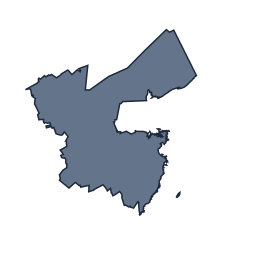 the district of Guaymas, Sonora, Mexico, rotated 244°
{"feature_id": "50627088B1209754794586", "entity_name": "Guaymas", "entity_type": "district", "adm_level": 2, "iso_a3": "MEX", "parent_name": "Mexico", "parent_adm1": "Sonora", "projection": "natural_earth1", "projection_center": [-110.918, 28.074], "detail": "fine", "context": "isolated", "style": "filled", "palette": "slate", "viewbox_px": 256, "rotation_deg": 244, "n_neighbors": 0, "source": "geoboundaries", "source_scale": "gbopen_adm2", "svg_char_len": 5864}
<svg xmlns="http://www.w3.org/2000/svg" viewBox="0 0 256 256"><g transform="rotate(244 128 128)"><path d="M201.9,119.3L202.9,109.9L200.6,110.7L199.5,109.6L202.6,108.1L200.6,101.0L206.1,99.6L206.5,99.1L205.8,91.5L205.2,91.1L204.5,85.7L209.7,82.7L209.4,80.8L210.5,80.0L209.9,76.6L211.7,75.9L210.3,70.9L211.8,69.9L211.2,68.8L209.4,68.1L208.8,68.3L208.1,65.4L207.4,52.7L206.5,56.6L205.2,57.4L199.6,55.8L199.4,57.0L198.6,57.0L198.6,56.0L198.3,55.9L195.0,57.7L194.8,57.2L190.7,54.6L180.2,54.6L179.6,52.7L174.4,51.5L174.2,52.4L172.7,55.9L171.3,55.0L169.9,54.7L169.0,55.0L169.3,55.8L167.4,58.1L167.4,59.8L167.0,60.1L164.6,59.8L165.7,55.2L163.9,54.8L162.9,59.8L161.1,59.7L161.0,61.5L154.3,60.8L151.3,64.1L150.6,65.5L150.7,66.3L152.4,69.0L146.6,70.4L143.9,66.7L143.9,67.0L138.3,64.9L137.9,57.4L132.7,58.3L132.8,55.6L130.6,55.4L129.1,57.1L129.1,57.7L128.0,58.2L126.4,58.1L124.6,57.0L123.2,56.7L122.2,57.4L120.9,56.3L119.2,55.6L118.6,51.0L115.9,45.8L112.4,45.1L111.1,43.5L99.9,48.6L102.2,56.8L97.7,58.9L97.5,59.8L95.5,59.6L93.5,67.8L87.9,64.8L87.2,70.0L87.6,70.9L87.9,80.6L84.0,81.7L80.5,81.9L81.3,85.8L77.0,84.5L76.7,84.9L73.7,84.7L73.8,87.6L74.6,92.7L71.2,93.3L69.3,92.7L68.3,92.0L60.1,90.7L59.8,92.0L56.8,94.0L56.8,95.3L56.4,94.9L53.6,97.9L57.5,104.6L56.2,105.0L56.2,104.7L48.6,101.7L45.3,101.0L45.0,100.3L44.7,100.4L44.9,100.7L44.7,101.4L45.4,102.3L45.9,102.1L46.3,102.9L46.2,103.6L46.6,103.8L46.4,104.4L45.9,104.7L46.2,105.0L45.8,105.4L46.3,105.6L46.1,106.0L46.5,106.3L47.2,105.8L48.4,105.9L49.1,107.0L49.6,106.9L50.3,107.4L50.7,108.2L50.5,108.7L51.2,108.9L51.8,110.8L51.5,113.0L52.0,115.2L53.1,115.7L53.3,116.4L54.0,116.7L54.3,117.1L53.9,117.3L53.9,117.9L54.6,117.9L55.0,118.5L55.6,118.5L55.6,119.3L56.1,118.8L55.9,119.3L56.5,119.4L56.4,120.4L57.0,121.0L57.0,121.8L57.6,122.0L57.3,123.2L57.9,123.4L57.7,124.4L58.2,125.1L58.0,125.6L59.1,125.5L59.2,125.9L58.6,126.4L59.0,126.6L58.6,126.9L59.9,127.4L60.1,127.9L61.2,128.7L60.9,129.4L61.4,129.2L61.4,129.5L61.7,129.5L61.9,130.2L61.3,130.7L61.4,131.0L62.0,131.3L62.3,130.9L62.3,130.4L62.9,130.4L63.5,131.1L63.0,131.6L63.7,132.0L64.3,131.7L66.8,132.8L67.4,133.8L67.4,134.4L68.6,135.8L69.4,135.7L69.7,136.0L71.5,140.5L72.2,140.1L72.5,140.7L74.5,141.2L74.7,141.6L75.9,141.4L76.6,142.0L76.5,142.6L76.8,143.0L77.5,142.3L78.5,142.9L79.0,144.2L78.7,145.1L79.2,144.3L80.9,145.1L81.5,147.2L81.3,147.6L80.2,147.6L80.6,148.0L80.1,148.8L81.3,148.9L81.8,148.1L82.2,148.3L82.1,148.7L82.7,148.4L83.6,148.9L84.4,148.3L84.8,148.7L85.0,148.2L85.5,150.1L85.8,150.1L85.7,149.5L86.1,149.3L86.4,148.0L86.9,147.8L87.2,148.1L86.9,147.6L87.0,146.8L88.0,146.6L88.3,145.7L91.4,144.7L93.2,144.8L95.3,145.5L96.1,146.3L95.9,147.3L96.7,148.8L97.0,150.0L97.9,150.6L99.4,150.1L99.3,150.5L99.6,150.3L100.0,151.1L99.9,152.6L98.3,153.6L97.8,153.3L97.5,153.5L98.0,153.7L98.1,155.2L98.8,155.9L99.4,155.7L99.7,156.0L99.4,156.7L99.7,157.5L99.5,159.1L99.9,159.4L100.5,159.0L101.7,157.1L102.8,158.0L102.4,158.8L102.6,159.2L103.4,159.5L103.8,158.9L104.7,159.7L105.0,159.2L105.4,159.4L105.1,160.3L105.4,161.0L106.6,161.0L107.3,162.0L107.4,163.0L107.1,163.5L107.8,163.5L107.8,162.3L108.8,161.7L109.0,160.2L108.3,160.2L108.2,159.8L109.0,159.3L109.5,159.6L109.7,158.5L109.5,158.1L110.3,157.7L109.7,157.4L110.3,157.2L110.3,156.6L109.7,157.1L109.4,156.9L109.8,156.1L111.0,155.0L110.0,155.0L111.4,154.4L110.2,153.9L107.8,154.9L107.5,154.5L107.7,154.0L108.4,154.1L108.0,153.7L107.7,154.0L107.6,153.5L107.3,154.1L106.7,154.1L107.1,154.5L106.5,154.8L106.4,155.3L106.0,155.3L106.1,154.8L105.9,154.8L104.9,155.6L104.9,154.7L106.0,153.8L105.7,153.2L106.6,153.3L107.1,152.3L107.0,151.3L107.5,150.8L107.8,151.0L107.8,150.8L107.9,150.6L107.9,151.3L108.3,150.7L108.7,150.7L108.8,151.3L109.1,151.1L109.2,151.4L109.1,152.0L110.0,152.0L109.8,150.4L110.4,150.5L110.4,151.4L110.7,151.2L110.5,150.5L110.7,150.2L110.5,150.4L111.0,149.1L110.7,148.8L111.8,148.8L110.7,148.6L111.7,148.0L111.3,147.9L111.6,147.2L112.7,146.4L114.9,146.1L115.0,146.0L114.7,145.9L113.1,146.1L112.7,146.3L112.2,145.1L111.3,145.4L111.0,144.3L109.6,143.9L111.1,144.2L111.3,144.6L111.5,144.3L110.6,143.6L111.0,143.6L110.9,143.3L109.9,143.2L111.2,143.1L110.5,142.5L111.0,142.4L110.7,142.2L110.3,142.2L110.1,142.0L110.6,142.0L111.8,142.6L112.3,141.5L114.6,144.0L114.7,142.9L115.0,142.4L116.0,142.6L118.0,140.6L121.6,133.6L122.9,133.6L120.9,132.6L121.1,128.3L125.8,125.0L126.5,118.6L127.9,119.7L128.8,117.9L128.8,116.4L130.0,116.4L130.0,117.1L135.6,117.2L139.7,117.7L139.3,118.7L141.1,119.9L140.5,121.5L153.5,131.3L153.0,132.4L154.0,134.9L144.5,156.7L146.1,157.0L148.6,158.4L149.9,160.3L151.4,161.5L152.5,161.7L153.3,163.1L152.9,163.5L152.7,163.2L151.5,163.7L150.3,163.1L149.8,163.5L150.1,164.2L149.8,164.6L149.6,164.2L148.0,164.3L147.6,163.3L145.7,164.4L145.6,163.6L144.9,163.1L144.7,162.6L144.6,163.2L145.2,164.2L145.5,164.3L145.2,164.3L145.0,164.7L145.6,164.8L144.7,165.0L144.7,165.9L144.2,165.9L143.7,166.8L144.2,166.9L144.2,167.1L143.6,167.0L143.5,167.3L143.8,167.4L143.3,167.4L142.8,167.8L142.9,168.2L141.6,170.2L141.4,169.5L141.9,167.4L141.4,168.1L141.4,172.7L142.1,176.1L142.5,180.2L142.9,180.7L142.9,182.8L143.3,184.6L142.4,190.4L142.6,190.7L142.1,191.7L141.8,190.5L142.2,189.6L141.3,189.9L140.3,193.6L140.1,196.7L140.7,199.6L143.4,207.7L143.8,208.1L143.9,209.2L144.9,210.6L145.0,212.5L195.9,212.0L195.9,207.3L199.6,205.6L190.3,177.1L182.1,153.8L182.8,133.1L179.0,110.4L180.9,106.3L201.9,119.3ZM112.7,146.3L114.6,145.9L114.9,146.1L112.7,146.3ZM46.4,143.6L45.2,141.8L44.7,141.3L44.4,141.5L44.2,141.9L44.6,143.5L45.5,145.2L47.3,146.4L47.1,145.0L46.4,143.6ZM114.2,154.2L113.4,154.5L112.6,156.1L112.3,155.7L112.5,156.3L113.2,156.2L114.2,154.2ZM109.4,152.5L109.0,152.6L109.0,153.3L109.6,152.9L109.4,152.5ZM78.2,146.3L78.4,145.5L78.4,145.3L77.7,146.4L78.2,146.3ZM110.3,158.2L110.9,157.3L110.1,158.2L110.3,158.2ZM89.6,147.0L89.6,146.3L89.3,147.2L89.6,147.0Z" fill="#64748b" stroke="#1e293b" stroke-width="1.5"/></g></svg>